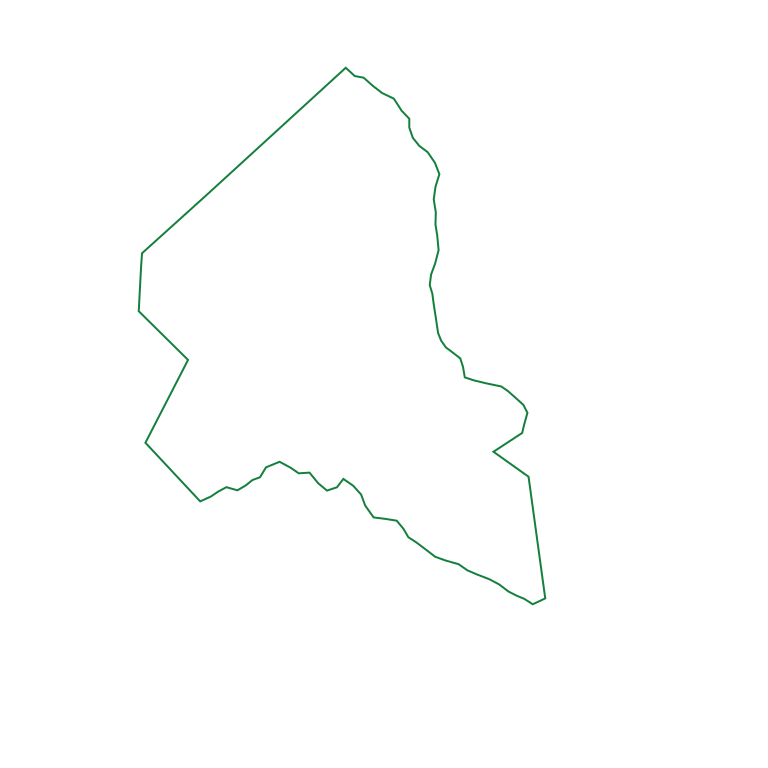 São Bentinho, Paraíba, Brazil (Albers equal-area conic projection), rotated 314°
{"feature_id": "56859067B58032123242731", "entity_name": "São Bentinho", "entity_type": "district", "adm_level": 2, "iso_a3": "BRA", "parent_name": "Brazil", "parent_adm1": "Paraíba", "projection": "albers", "projection_center": [-37.703, -6.898], "detail": "fine", "context": "isolated", "style": "outline", "palette": "green", "viewbox_px": 768, "rotation_deg": 314, "n_neighbors": 0, "source": "geoboundaries", "source_scale": "gbopen_adm2", "svg_char_len": 1246}
<svg xmlns="http://www.w3.org/2000/svg" viewBox="0 0 768 768"><g transform="rotate(314 384 384)"><path d="M417.7,552.4L411.3,509.8L444.8,517.4L452.9,512.6L462.9,507.2L465.8,498.8L465.5,489.5L465.0,478.1L463.7,470.1L455.4,456.9L449.2,446.4L444.9,437.5L451.1,429.1L455.4,421.1L454.4,411.9L453.3,403.0L454.9,394.9L458.3,387.4L467.1,376.0L475.8,364.5L482.5,356.1L486.9,348.2L495.5,341.8L506.0,337.2L518.2,330.3L527.9,319.0L534.6,310.1L543.4,302.1L551.4,291.5L561.7,284.0L573.4,278.1L578.5,267.0L581.1,254.4L579.8,244.0L581.1,233.8L586.0,224.1L592.4,217.9L592.8,206.9L596.1,192.9L592.0,180.6L590.7,168.9L590.2,156.6L585.2,149.0L584.9,136.8L395.5,125.0L310.0,119.1L299.5,127.9L266.0,157.0L265.2,226.3L176.0,253.2L171.9,333.3L182.7,337.6L191.1,339.4L200.3,342.3L205.7,352.4L215.0,355.0L223.6,356.1L230.8,359.6L242.1,357.0L255.5,362.9L258.9,375.0L260.5,384.7L268.5,392.0L266.9,405.6L267.7,417.0L277.0,421.9L287.5,420.7L289.4,432.6L288.6,444.3L283.5,454.9L280.8,469.2L287.8,478.5L294.5,488.1L293.3,498.7L290.7,508.0L292.5,517.2L293.7,527.1L295.3,540.9L299.9,551.1L306.2,562.8L307.9,573.5L311.6,583.2L316.7,595.3L319.8,606.0L321.2,617.7L323.9,626.6L326.8,633.8L328.9,644.0L341.8,648.9L417.7,552.4Z" fill="none" stroke="#15803d" stroke-width="2"/></g></svg>